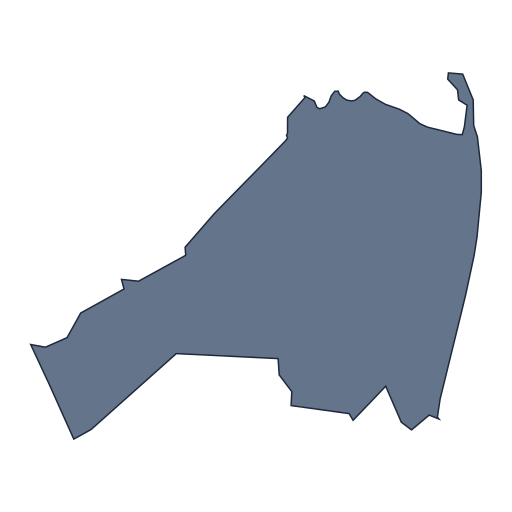 Monmouth, New Jersey, United States of America
{"feature_id": "52423323B66186032617491", "entity_name": "Monmouth", "entity_type": "district", "adm_level": 2, "iso_a3": "USA", "parent_name": "United States of America", "parent_adm1": "New Jersey", "projection": "mercator", "projection_center": [-74.184, 40.279], "detail": "fine", "context": "isolated", "style": "filled", "palette": "slate", "viewbox_px": 512, "rotation_deg": 0, "n_neighbors": 0, "source": "geoboundaries", "source_scale": "gbopen_adm2", "svg_char_len": 1079}
<svg xmlns="http://www.w3.org/2000/svg" viewBox="0 0 512 512"><path d="M49.5,384.9L73.8,439.1L91.1,429.5L176.3,353.6L278.1,358.6L279.2,374.9L291.8,391.6L291.1,405.6L349.1,413.6L353.1,420.3L385.7,386.2L401.3,422.2L411.5,429.9L416.2,426.0L429.2,415.1L438.9,419.0L437.4,417.1L440.1,399.1L459.4,320.5L461.3,312.8L465.9,293.8L474.1,255.5L477.0,237.1L479.0,216.2L481.3,192.4L481.3,170.7L477.4,136.8L473.7,125.5L473.2,99.9L462.7,74.1L448.4,72.9L447.7,79.1L457.5,89.8L458.7,100.0L467.1,105.2L464.4,126.7L462.3,134.6L456.8,134.4L427.7,127.2L419.9,123.7L407.9,113.6L399.5,109.3L385.4,104.3L375.8,98.9L367.6,92.4L364.6,92.2L362.9,93.2L360.1,96.6L354.8,100.4L351.2,100.9L346.8,100.1L342.7,97.5L339.2,93.9L338.3,91.2L334.7,91.3L331.2,95.9L328.9,102.3L325.4,106.9L319.6,108.8L316.8,107.2L314.3,101.0L303.7,95.6L305.2,97.3L287.6,117.3L287.5,133.4L286.5,135.2L287.6,138.0L285.4,140.9L257.5,169.5L231.9,195.6L214.3,213.6L185.1,247.2L185.7,255.3L138.5,281.2L121.5,279.4L124.0,289.0L80.7,313.0L67.1,337.6L45.4,347.2L30.7,344.5L49.5,384.9Z" fill="#64748b" stroke="#1e293b" stroke-width="1.5"/></svg>